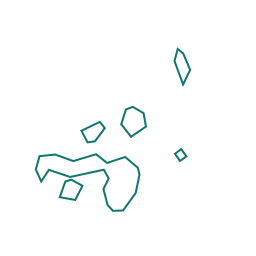 the border of Galápagos, rotated 298°
{"feature_id": "ECU-1270", "entity_name": "Galápagos", "entity_type": "Province", "adm_level": 1, "iso_a3": "ECU", "parent_name": "Ecuador", "parent_adm1": "", "projection": "robinson", "projection_center": [-90.747, 0.131], "detail": "coarse", "context": "isolated", "style": "outline", "palette": "teal", "viewbox_px": 256, "rotation_deg": 298, "n_neighbors": 0, "source": "natural_earth", "source_scale": "10m", "svg_char_len": 736}
<svg xmlns="http://www.w3.org/2000/svg" viewBox="0 0 256 256"><g transform="rotate(298 128 128)"><path d="M101.1,139.1L97.5,155.3L92.1,160.1L74.2,165.3L52.9,162.4L47.8,153.6L50.6,145.9L62.6,135.0L74.4,134.6L79.8,126.2L57.6,99.9L53.9,77.8L40.0,76.5L48.2,66.0L61.6,63.1L70.4,76.2L73.1,95.2L89.9,112.2L87.3,125.9L101.1,139.1ZM148.9,122.3L148.4,134.8L137.7,143.2L121.7,134.8L128.2,120.2L143.4,117.5L148.9,122.3ZM55.6,114.9L39.7,115.2L34.9,100.2L51.4,97.8L55.7,102.2L55.6,114.9ZM209.0,137.6L221.1,134.8L219.8,141.7L208.5,155.6L192.3,156.2L209.0,137.6ZM120.1,100.2L117.0,107.6L100.6,105.0L96.3,99.0L103.7,88.2L120.1,100.2ZM134.3,184.9L130.4,192.9L123.3,189.4L127.3,181.6L134.3,184.9Z" fill="none" stroke="#0f766e" stroke-width="2"/></g></svg>